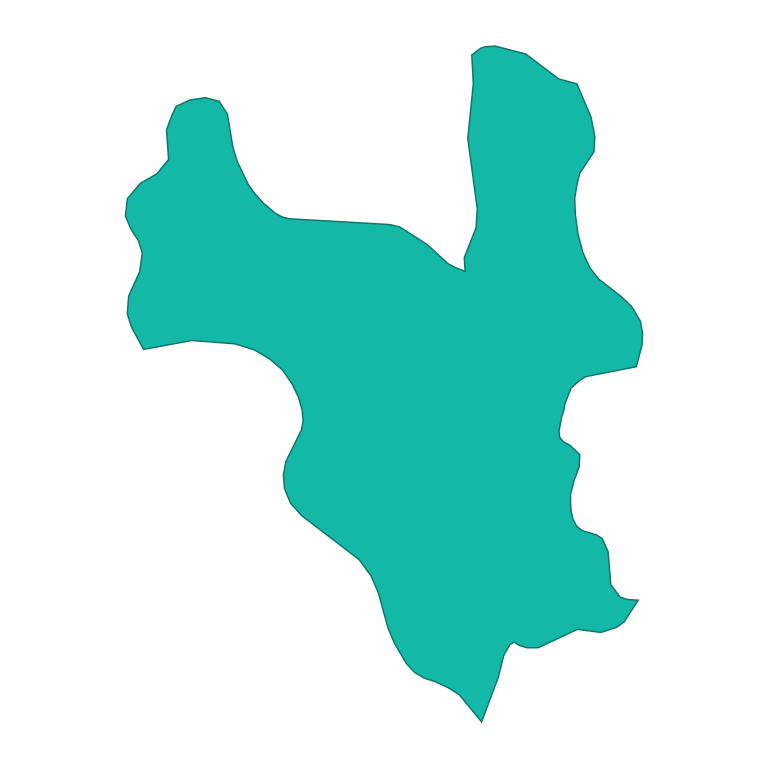 outline of Ha Noi
{"feature_id": "VNM-462", "entity_name": "Ha Noi", "entity_type": "Province", "adm_level": 1, "iso_a3": "VNM", "parent_name": "Vietnam", "parent_adm1": "", "projection": "natural_earth1", "projection_center": [105.706, 20.971], "detail": "fine", "context": "isolated", "style": "filled", "palette": "teal", "viewbox_px": 768, "rotation_deg": 0, "n_neighbors": 0, "source": "natural_earth", "source_scale": "10m", "svg_char_len": 1682}
<svg xmlns="http://www.w3.org/2000/svg" viewBox="0 0 768 768"><path d="M481.6,721.9L459.3,694.8L447.9,687.5L434.6,681.4L424.4,678.2L414.6,672.4L406.5,663.7L394.9,644.1L388.0,628.1L378.3,592.6L371.1,576.0L359.1,559.6L301.6,515.6L290.6,503.3L284.5,488.4L283.4,474.9L285.9,461.4L301.5,429.8L303.1,420.6L302.1,410.0L298.6,397.6L292.1,383.9L282.6,370.1L269.7,359.0L254.4,349.9L234.9,343.8L191.7,340.5L143.6,349.4L131.6,327.3L127.3,313.8L128.7,296.0L139.6,271.8L142.3,253.0L138.5,240.8L131.0,229.3L125.4,216.0L127.4,198.6L140.3,183.4L156.9,173.8L168.6,159.4L166.5,129.7L168.5,124.5L172.5,114.0L176.2,106.3L190.3,99.9L205.5,97.7L219.2,101.4L227.4,114.1L229.6,127.3L232.9,147.3L237.1,161.2L248.2,184.3L255.1,194.1L263.5,203.3L275.6,213.5L282.2,217.0L289.5,218.8L390.2,224.6L399.8,227.0L427.1,244.5L448.0,263.7L455.6,267.7L465.1,271.3L464.3,257.6L476.1,227.6L477.3,209.0L467.8,138.5L473.3,83.9L471.8,55.0L480.9,48.1L485.7,46.7L495.1,46.1L525.7,54.0L558.8,79.0L576.9,83.9L591.0,117.1L594.8,136.2L594.0,151.6L579.8,173.2L577.0,184.1L574.7,198.4L575.4,214.8L577.8,233.1L582.8,252.4L589.9,267.9L598.7,279.1L621.7,297.0L631.8,306.7L640.3,321.0L642.6,333.3L642.0,345.2L636.3,366.7L585.8,376.6L579.2,380.8L571.1,388.0L565.0,403.6L563.9,410.1L561.5,417.5L559.0,431.3L559.7,437.3L563.2,441.7L569.8,445.2L579.8,454.6L579.2,466.7L574.1,480.4L570.6,494.1L570.5,502.4L571.1,511.0L573.0,519.3L576.7,526.3L582.5,530.8L596.0,534.7L602.1,538.4L608.1,551.8L610.8,584.7L619.9,596.9L626.7,599.4L638.2,600.2L624.1,621.9L616.5,627.3L601.0,632.4L577.3,629.4L538.2,647.7L526.9,647.7L518.9,645.3L514.4,642.1L509.7,644.6L503.7,655.5L498.3,677.2L481.6,721.9Z" fill="#14b8a6" stroke="#0f766e" stroke-width="1.5"/></svg>